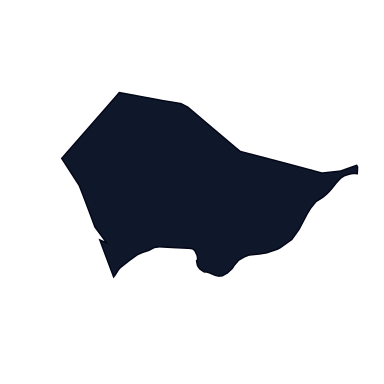 outline of Jefferson, Kentucky, United States of America, rotated 214°
{"feature_id": "52423323B58327264964299", "entity_name": "Jefferson", "entity_type": "district", "adm_level": 2, "iso_a3": "USA", "parent_name": "United States of America", "parent_adm1": "Kentucky", "projection": "orthographic", "projection_center": [-85.758, 38.189], "detail": "fine", "context": "isolated", "style": "filled", "palette": "ink", "viewbox_px": 384, "rotation_deg": 214, "n_neighbors": 0, "source": "geoboundaries", "source_scale": "gbopen_adm2", "svg_char_len": 1243}
<svg xmlns="http://www.w3.org/2000/svg" viewBox="0 0 384 384"><g transform="rotate(214 192 192)"><path d="M137.7,132.5L136.5,132.9L135.6,133.7L132.5,134.7L126.2,135.9L122.6,137.3L120.0,139.5L117.4,144.7L115.9,151.1L116.0,154.8L115.2,161.6L112.4,167.3L112.3,167.5L109.6,171.5L101.6,178.2L100.0,179.6L99.4,180.2L98.8,180.8L96.1,183.3L89.3,192.2L87.9,194.7L87.0,197.0L82.7,208.5L82.4,221.0L84.3,238.3L84.6,244.8L83.9,253.2L80.6,260.8L79.4,264.9L78.8,267.7L78.1,272.2L77.5,280.1L76.7,285.4L76.2,287.5L75.5,289.0L74.8,290.6L72.5,293.6L70.4,296.0L68.1,298.0L65.2,299.6L68.7,305.3L70.4,306.2L80.7,292.3L94.8,280.4L113.8,273.9L125.7,269.8L138.3,265.4L174.7,252.6L181.0,253.2L219.6,257.4L243.0,260.0L250.6,259.1L260.7,254.5L267.1,251.5L307.9,233.8L308.4,229.3L310.0,216.4L318.8,147.0L315.7,145.7L289.1,134.3L285.3,131.7L277.7,126.4L275.0,124.5L261.5,114.9L252.9,108.7L234.2,102.1L241.6,100.7L209.5,77.8L209.3,79.9L209.5,86.2L209.2,89.0L205.7,100.1L202.2,109.5L199.3,114.1L195.2,119.4L192.2,124.9L191.9,125.2L188.3,128.4L187.1,129.1L174.4,136.7L164.9,142.5L162.4,144.0L159.6,145.3L156.7,144.9L152.0,142.1L149.4,139.0L149.8,137.8L149.7,137.4L146.2,134.0L142.7,132.6L137.7,132.5L137.7,132.5Z" fill="#0f172a" stroke="#020617" stroke-width="1.5"/></g></svg>